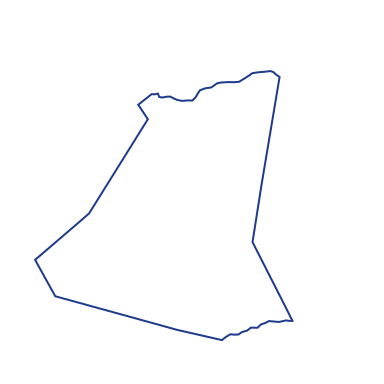 Paes Landim, Piauí, Brazil (Natural Earth projection), rotated 196°
{"feature_id": "56859067B98059440122572", "entity_name": "Paes Landim", "entity_type": "district", "adm_level": 2, "iso_a3": "BRA", "parent_name": "Brazil", "parent_adm1": "Piauí", "projection": "natural_earth1", "projection_center": [-42.304, -7.837], "detail": "fine", "context": "isolated", "style": "outline", "palette": "blue", "viewbox_px": 384, "rotation_deg": 196, "n_neighbors": 0, "source": "geoboundaries", "source_scale": "gbopen_adm2", "svg_char_len": 876}
<svg xmlns="http://www.w3.org/2000/svg" viewBox="0 0 384 384"><g transform="rotate(196 192 192)"><path d="M257.7,275.0L267.7,261.1L254.5,249.8L285.0,143.1L293.1,130.6L324.1,83.6L321.7,81.1L294.7,54.1L167.9,55.4L122.4,57.9L119.3,62.2L115.9,65.8L111.7,66.6L108.0,67.9L105.4,71.1L100.9,73.9L98.0,77.8L91.6,79.6L89.2,83.7L85.7,86.1L82.5,89.1L78.6,89.9L72.8,91.0L70.0,92.4L66.3,94.5L63.0,94.9L59.9,95.8L71.1,108.0L120.0,160.5L127.1,217.6L139.5,326.7L143.5,328.0L146.8,329.7L149.8,329.9L155.6,327.5L161.2,325.4L166.7,322.9L169.6,319.3L172.3,316.2L177.2,310.9L181.3,309.3L186.2,308.0L190.8,306.5L194.8,305.0L197.9,303.3L202.3,297.8L207.7,295.4L212.3,292.1L213.5,288.6L214.6,284.1L216.9,280.0L222.1,278.6L226.4,276.9L231.4,276.4L235.2,276.9L239.2,277.7L242.7,276.6L246.4,274.7L249.7,274.3L251.9,277.2L254.7,275.6L257.7,275.0Z" fill="none" stroke="#1e3a8a" stroke-width="2"/></g></svg>